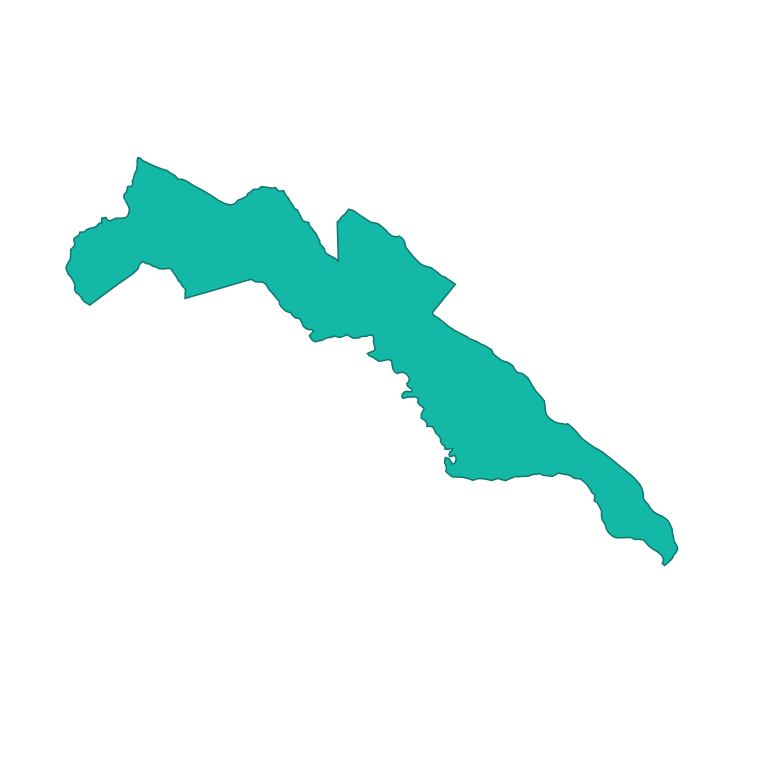 the district of Santa Luzia do Pará, Pará, Brazil, rotated 309°
{"feature_id": "56859067B56041681846476", "entity_name": "Santa Luzia do Pará", "entity_type": "district", "adm_level": 2, "iso_a3": "BRA", "parent_name": "Brazil", "parent_adm1": "Pará", "projection": "robinson", "projection_center": [-46.938, -1.726], "detail": "fine", "context": "isolated", "style": "filled", "palette": "teal", "viewbox_px": 768, "rotation_deg": 309, "n_neighbors": 0, "source": "geoboundaries", "source_scale": "gbopen_adm2", "svg_char_len": 5865}
<svg xmlns="http://www.w3.org/2000/svg" viewBox="0 0 768 768"><g transform="rotate(309 384 384)"><path d="M368.0,62.7L365.5,64.1L362.5,70.5L361.5,73.3L359.4,76.3L355.4,78.5L353.4,78.8L351.0,78.8L348.7,76.7L346.0,73.8L344.7,71.7L341.4,69.9L338.1,68.3L337.3,65.7L338.4,63.1L335.3,60.3L333.1,61.7L331.7,63.4L329.5,61.5L325.1,61.3L321.8,59.1L319.0,56.8L316.2,55.6L313.5,55.5L310.7,52.1L307.5,53.4L304.4,52.1L301.9,51.6L300.1,52.9L298.5,55.5L295.4,56.6L293.4,56.1L291.0,56.0L288.9,57.9L284.1,61.5L281.4,61.8L279.4,62.3L276.6,62.7L273.8,64.0L272.3,66.4L270.5,69.9L270.2,72.8L268.6,77.7L267.6,79.6L265.6,82.3L262.8,83.9L261.2,87.1L261.6,90.4L260.8,93.9L259.8,96.2L259.3,99.6L260.2,105.7L294.5,114.5L311.7,119.5L318.6,120.4L322.7,118.7L327.5,119.3L327.9,123.5L329.5,125.7L330.0,130.2L331.5,133.3L332.1,136.8L334.3,139.7L336.3,142.0L338.1,143.6L339.4,145.6L336.5,155.6L334.7,159.4L334.8,162.0L333.7,164.3L333.1,166.4L332.7,170.0L325.3,175.5L348.2,191.6L379.1,212.9L381.8,215.1L382.6,219.9L384.0,221.9L386.8,225.5L387.2,229.3L386.0,232.8L385.0,235.5L384.1,241.2L382.9,246.7L382.3,250.8L380.3,252.6L379.4,255.4L378.8,261.1L379.4,263.6L380.7,266.6L379.8,270.0L379.5,273.2L381.6,277.1L380.9,279.3L380.0,281.4L378.1,284.8L377.9,288.2L378.8,291.2L380.8,293.5L380.5,296.2L376.8,295.6L374.5,295.7L373.6,297.9L373.0,300.7L373.3,303.6L375.2,305.4L377.3,306.7L379.0,308.4L381.8,309.5L384.5,311.0L387.1,313.6L390.2,315.4L391.2,317.8L392.0,319.8L393.6,321.3L396.6,322.9L399.3,324.6L399.5,328.0L400.3,331.4L402.3,333.6L404.3,335.7L407.1,336.7L408.9,339.2L410.6,340.8L412.6,341.6L414.7,344.5L413.1,347.3L410.3,349.1L408.6,351.2L406.8,353.5L405.4,355.3L403.0,355.2L400.4,353.5L397.3,351.9L396.6,354.7L397.4,356.8L397.8,358.9L398.1,362.2L398.4,365.6L400.9,368.1L403.8,370.4L406.0,372.2L406.6,375.3L405.1,377.2L403.5,378.7L401.2,381.7L400.1,384.8L400.7,387.9L402.8,389.1L404.9,391.2L405.9,394.7L405.1,398.5L403.5,401.0L401.0,401.6L398.4,401.6L397.1,404.0L397.2,406.2L397.4,408.8L395.3,410.3L393.8,408.4L392.8,406.4L390.9,404.9L388.2,404.6L385.8,405.5L384.8,407.7L387.1,409.5L389.2,411.2L391.4,413.8L393.4,416.0L394.3,418.5L393.6,420.6L391.1,421.4L390.3,424.1L390.2,427.0L390.6,430.4L387.2,431.2L383.5,432.2L380.9,434.6L381.5,438.7L380.3,442.5L378.0,444.0L380.7,447.1L381.1,449.7L380.2,451.9L378.6,454.8L378.3,457.0L378.2,459.6L377.2,462.1L374.9,464.1L373.7,467.1L374.0,470.2L371.8,472.2L373.0,474.4L375.0,476.1L377.0,478.3L374.9,478.8L373.0,477.9L370.2,478.9L368.8,480.7L370.6,482.2L373.2,484.0L371.6,486.7L370.0,488.0L367.0,488.7L365.0,488.0L365.8,484.8L366.8,481.5L365.5,478.0L362.8,479.2L360.8,480.9L359.6,483.5L357.3,486.1L354.9,486.9L354.7,492.5L354.9,495.6L356.8,498.2L360.5,503.0L362.0,505.7L363.6,509.2L365.0,513.4L367.0,515.1L369.3,516.2L371.9,519.4L374.7,524.1L376.9,528.6L379.3,530.0L382.4,532.1L383.7,535.7L385.6,539.6L388.5,540.7L391.4,542.6L394.1,543.7L397.8,548.2L399.8,550.2L401.3,552.1L403.1,554.1L406.7,556.1L410.4,559.8L412.6,561.6L412.9,564.7L415.9,569.2L418.1,572.9L424.7,575.8L426.0,578.6L429.4,584.4L430.1,587.4L430.5,591.5L433.4,595.6L433.9,597.8L433.7,604.6L431.8,610.9L430.4,614.1L430.7,617.6L427.7,619.6L425.5,620.8L425.9,624.6L424.9,627.1L422.4,632.7L420.8,634.1L418.8,635.5L415.7,639.1L414.0,644.2L411.1,648.4L410.0,651.6L409.6,654.1L409.7,658.6L410.9,661.6L413.1,664.2L417.8,669.8L420.1,672.5L421.1,676.8L423.6,679.7L426.0,683.6L425.7,686.9L424.7,691.7L425.0,697.2L425.5,700.5L425.7,704.0L425.5,707.8L423.4,711.9L419.7,713.1L419.5,716.3L423.7,717.1L426.8,717.6L430.4,717.8L433.4,716.8L436.3,717.0L440.1,716.3L441.7,714.8L443.3,711.7L443.9,709.6L445.0,707.6L446.8,705.7L448.7,703.4L450.3,701.2L452.6,699.3L456.3,691.8L456.6,689.2L456.3,683.8L454.8,678.0L454.4,674.6L454.8,670.4L456.8,664.5L457.0,661.5L458.4,657.5L460.9,655.5L463.4,652.6L464.7,650.7L466.3,647.8L467.1,645.4L467.9,641.0L468.5,636.3L468.7,633.4L468.7,623.9L468.6,619.8L468.8,609.6L468.6,601.1L468.6,596.6L468.0,592.1L467.1,587.7L466.5,580.9L466.3,572.3L466.8,568.9L468.0,563.5L468.5,559.8L468.7,556.0L468.7,551.8L466.9,550.5L465.5,547.8L463.0,543.6L461.8,540.1L461.5,536.2L461.5,533.4L462.3,529.8L464.8,526.2L468.0,523.2L469.9,521.2L471.8,519.2L472.3,516.8L472.8,514.2L474.2,505.7L479.3,491.7L479.3,486.4L478.9,484.1L477.1,481.2L477.1,478.0L479.2,472.7L479.1,468.9L478.5,466.0L476.8,462.1L476.3,459.7L476.1,453.5L476.1,450.5L478.3,445.8L477.3,438.4L476.1,434.5L475.6,430.0L473.1,422.0L472.9,418.7L470.2,405.7L469.4,398.3L469.5,386.5L468.8,379.9L469.5,376.7L506.5,376.7L505.3,363.2L504.2,361.0L504.4,354.7L504.0,347.4L501.1,340.7L500.3,336.5L501.2,327.7L503.5,316.8L504.2,314.4L507.4,310.7L508.5,307.8L508.7,305.4L508.4,302.9L505.7,300.4L504.2,297.3L503.9,292.6L504.8,288.2L504.9,279.9L504.2,276.9L501.9,273.0L501.2,270.6L500.1,259.3L499.5,250.9L498.6,248.8L497.5,246.4L493.9,246.8L491.0,246.7L488.9,246.1L486.2,245.9L483.5,246.2L480.5,245.7L461.7,261.8L450.7,271.2L450.9,267.3L450.1,262.8L449.5,259.5L449.0,257.2L449.9,254.4L451.7,252.3L452.7,246.1L455.1,243.6L455.7,241.2L456.8,239.2L457.9,236.8L458.6,233.4L459.6,230.0L460.2,226.2L462.2,224.1L460.5,220.5L460.0,218.2L461.0,215.2L462.4,212.6L463.5,210.0L464.8,207.0L464.1,204.5L466.1,198.9L466.5,196.6L467.9,193.8L468.4,191.6L468.8,189.0L471.1,184.3L469.0,182.4L467.6,180.5L468.4,175.8L466.3,174.5L460.3,164.5L456.2,163.7L453.3,160.2L450.5,159.5L448.4,159.4L446.3,158.3L443.8,159.2L439.1,157.3L436.1,155.4L433.8,154.7L430.9,154.9L428.8,153.6L427.0,152.6L425.2,149.3L424.1,146.9L423.2,143.0L422.3,138.8L422.3,136.3L421.8,131.6L420.5,121.9L419.5,116.8L418.3,111.0L417.7,104.5L416.8,100.5L416.0,98.3L413.6,95.1L414.4,90.5L413.6,85.6L413.2,80.4L411.6,77.1L410.6,73.9L409.6,70.9L408.7,67.8L407.4,62.9L406.5,58.9L405.8,56.1L406.1,52.2L404.8,50.2L401.6,52.0L399.7,53.9L397.5,55.2L395.4,56.8L390.6,57.9L385.3,60.3L383.3,60.7L381.3,62.8L379.5,63.8L376.0,60.5L373.4,62.0L370.7,63.1L368.0,62.7Z" fill="#14b8a6" stroke="#0f766e" stroke-width="1.5"/></g></svg>